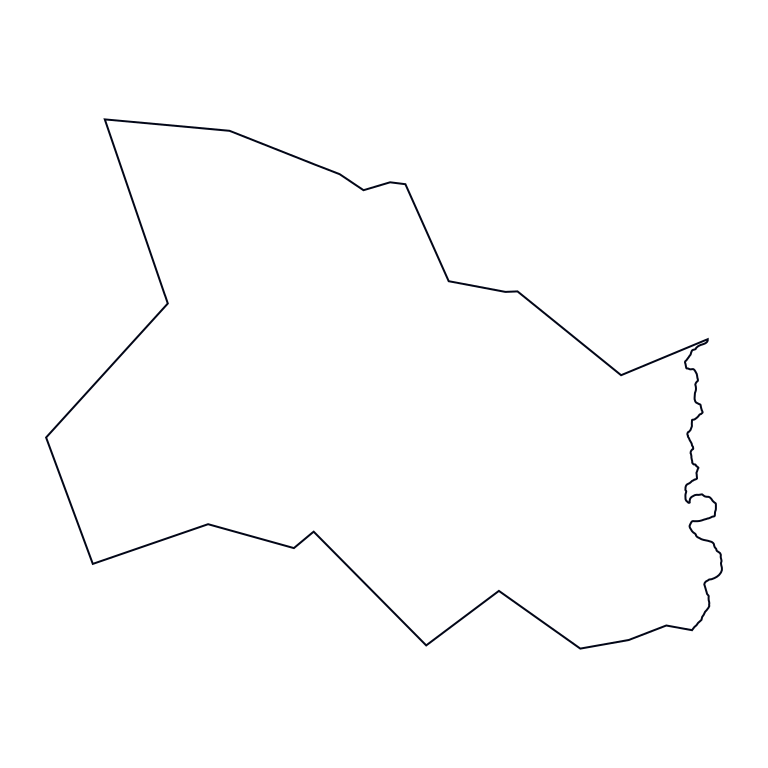 the district of Divisaderos, Sonora, Mexico
{"feature_id": "50627088B51411213680248", "entity_name": "Divisaderos", "entity_type": "district", "adm_level": 2, "iso_a3": "MEX", "parent_name": "Mexico", "parent_adm1": "Sonora", "projection": "albers", "projection_center": [-109.248, 29.625], "detail": "fine", "context": "isolated", "style": "outline", "palette": "ink", "viewbox_px": 768, "rotation_deg": 0, "n_neighbors": 0, "source": "geoboundaries", "source_scale": "gbopen_adm2", "svg_char_len": 5969}
<svg xmlns="http://www.w3.org/2000/svg" viewBox="0 0 768 768"><path d="M167.8,303.5L46.1,437.5L92.8,563.9L208.1,524.2L293.9,548.1L311.9,533.1L313.7,531.7L426.2,645.4L498.9,590.9L580.3,648.6L628.7,640.0L666.3,625.5L691.6,630.1L692.0,630.2L694.4,627.0L696.5,625.2L698.1,622.9L699.7,621.5L700.7,620.6L701.5,619.8L701.7,618.9L702.2,616.9L703.7,614.8L705.1,611.8L706.6,610.2L708.5,607.7L709.2,606.2L709.3,606.0L709.1,605.0L709.3,603.1L709.1,601.7L708.7,600.2L708.6,598.7L708.6,597.5L708.7,596.5L708.5,595.6L707.7,594.7L707.0,593.8L706.6,592.1L706.0,590.2L705.6,588.7L704.8,586.0L704.3,584.5L704.4,584.0L704.8,582.8L705.9,581.5L708.1,580.3L709.0,579.6L709.3,579.5L710.2,579.4L711.6,579.2L714.4,578.1L716.8,576.8L717.8,576.0L718.7,575.3L719.3,574.7L719.6,574.3L720.3,573.4L720.8,572.7L721.1,572.2L721.5,571.1L721.8,570.4L721.9,569.7L721.9,568.1L721.8,567.3L721.2,565.0L721.0,563.3L721.0,563.0L721.1,562.7L721.5,561.3L721.5,561.1L721.5,560.6L721.3,559.6L720.8,557.7L720.8,557.3L720.7,556.9L720.8,555.4L720.8,554.8L720.7,554.5L720.4,553.8L720.3,553.6L720.1,553.2L719.6,552.8L719.4,552.6L717.0,551.0L716.7,550.6L716.5,550.2L716.4,549.8L716.3,549.2L716.2,549.0L716.1,548.8L714.8,547.3L714.7,547.1L714.1,545.4L713.9,544.2L713.7,543.8L713.3,543.2L713.1,543.0L711.8,542.0L711.3,541.8L709.6,541.3L708.0,540.8L703.6,539.9L701.7,539.3L700.8,538.9L700.0,538.4L697.4,537.1L696.5,536.2L696.2,535.8L696.0,535.5L695.9,534.8L695.6,534.3L695.3,533.9L694.8,533.5L693.2,532.4L691.9,531.0L691.1,529.6L690.1,528.0L689.9,527.6L689.6,526.5L689.6,525.9L689.9,525.1L690.2,524.4L690.5,523.8L690.8,523.2L691.4,522.1L692.0,521.5L692.2,521.3L692.5,521.2L693.1,521.1L694.3,521.2L694.9,521.2L697.3,521.2L699.4,521.0L701.8,520.4L704.0,519.6L706.3,519.0L707.3,518.6L707.6,518.5L708.4,518.4L708.8,518.3L710.7,517.5L712.2,516.7L713.4,516.5L713.9,516.4L714.2,516.3L714.5,516.0L714.8,515.7L714.8,515.3L714.9,514.3L715.0,512.7L715.0,512.4L715.2,511.5L715.8,509.8L715.8,509.4L715.9,508.4L715.9,506.8L715.9,505.9L715.9,504.9L715.8,503.7L715.7,503.5L715.5,503.2L714.3,502.4L713.3,501.5L712.6,500.8L711.8,499.6L711.5,499.1L711.2,498.7L710.8,498.4L710.4,497.9L709.8,497.4L709.0,497.0L708.3,496.8L708.0,496.8L706.9,496.8L705.2,496.5L704.9,496.4L704.2,496.0L703.5,495.5L702.9,495.0L702.4,494.6L702.1,494.4L701.9,494.4L701.6,494.4L699.3,494.8L698.5,494.9L696.9,494.8L696.1,494.9L695.1,495.1L694.7,495.2L691.8,496.8L691.3,497.2L691.1,497.4L690.4,498.3L690.0,499.1L689.6,501.1L689.7,502.0L689.7,502.4L689.7,502.5L689.2,502.8L688.7,502.8L688.3,502.6L688.1,502.5L687.0,501.4L686.7,501.1L686.3,500.8L686.1,500.5L686.0,500.2L685.8,499.9L685.6,499.4L685.5,498.7L685.5,498.2L685.4,495.7L685.5,494.3L686.1,492.2L686.2,491.6L686.2,491.4L686.2,491.2L686.0,490.8L685.6,490.4L685.5,490.2L685.4,489.8L685.5,488.4L685.5,487.5L685.6,487.1L685.8,486.3L686.2,485.4L686.7,484.8L686.8,484.6L687.0,484.5L688.2,483.8L689.5,483.2L689.9,482.9L691.1,481.9L692.0,481.0L692.2,480.9L692.5,480.7L693.0,480.6L693.4,480.3L694.0,480.0L694.4,479.6L694.6,479.6L694.8,479.5L695.2,479.5L695.4,479.4L695.5,479.4L696.0,479.2L696.7,478.8L696.8,478.7L697.0,478.4L697.0,478.1L696.8,476.2L696.7,474.5L696.6,473.9L696.5,473.5L696.5,473.2L696.5,472.9L696.5,472.6L696.7,472.2L697.0,471.5L697.3,470.6L697.7,469.3L697.9,468.8L698.2,468.4L698.3,468.2L698.4,467.8L698.3,467.7L698.1,467.4L697.7,467.0L696.9,466.5L696.7,466.3L696.5,466.0L696.1,465.8L696.0,465.6L695.9,465.5L695.9,465.3L695.8,465.1L695.5,464.7L694.9,464.4L694.1,464.5L694.0,464.4L693.9,464.4L693.4,464.1L693.2,464.0L692.3,462.9L692.2,462.6L692.3,462.3L692.2,461.7L692.2,461.1L692.1,460.8L691.8,459.6L691.4,457.6L691.4,456.1L691.2,455.1L691.0,454.0L690.6,453.2L690.7,452.1L690.9,451.3L691.4,450.5L691.9,449.9L692.1,449.6L692.5,449.3L692.9,449.2L693.1,449.0L693.2,448.6L693.2,448.2L693.1,447.7L693.0,447.1L692.9,446.7L692.3,445.9L692.0,445.3L691.7,443.7L691.4,443.1L691.1,442.5L690.4,441.3L690.1,440.8L689.7,440.1L689.4,439.4L689.1,438.5L689.0,438.3L688.2,437.1L688.1,436.8L688.0,436.7L687.9,436.3L688.0,435.7L687.9,435.5L687.7,435.3L687.6,435.0L687.4,434.5L687.4,434.1L687.4,433.8L687.5,433.3L687.8,432.6L687.9,432.4L688.3,432.0L688.9,431.8L689.0,431.7L689.9,430.7L690.3,430.2L690.5,430.0L691.5,427.3L691.8,426.6L691.9,425.8L691.9,425.5L691.8,423.9L691.9,421.9L692.0,420.3L692.0,420.2L692.2,419.9L692.4,419.8L693.9,419.6L694.7,419.3L695.7,418.6L697.1,417.5L698.3,416.3L699.0,415.3L699.7,414.5L699.9,414.4L701.0,414.0L701.2,413.9L701.5,413.6L701.8,413.3L702.3,412.9L702.5,412.6L702.6,412.2L702.5,411.8L702.1,410.8L701.9,410.4L701.7,410.1L701.6,409.4L701.3,408.6L700.8,406.4L700.7,405.8L700.6,405.1L700.3,404.6L699.8,404.3L699.5,404.2L698.9,404.0L697.8,403.4L697.2,403.1L696.6,402.8L696.2,402.6L695.7,402.0L695.3,401.5L694.9,400.1L694.7,399.6L694.6,399.1L694.6,398.3L694.6,397.7L694.9,393.6L695.0,392.8L695.3,392.1L695.8,390.5L696.0,388.9L695.9,387.7L695.9,387.1L695.6,385.7L695.4,385.0L695.3,384.7L695.4,384.3L695.7,383.4L696.2,382.5L696.6,382.0L697.3,381.3L697.7,381.0L697.8,380.8L697.9,380.5L697.9,380.1L697.8,379.1L697.5,378.3L697.2,376.5L697.1,375.7L696.9,374.8L696.7,373.9L696.4,373.3L695.9,372.5L695.5,371.6L694.5,370.1L694.0,369.6L693.7,369.4L693.4,369.2L693.0,369.1L692.6,369.1L692.4,369.1L692.0,369.2L690.8,369.3L690.0,369.3L689.2,369.0L688.5,368.7L688.0,368.5L687.5,368.4L687.1,368.5L686.7,368.4L686.4,368.1L686.2,367.8L686.1,367.3L685.5,364.0L685.2,363.1L685.0,362.3L685.0,362.1L685.1,361.8L685.2,361.6L685.3,361.3L685.5,361.1L686.4,360.3L687.2,359.2L688.0,358.1L688.7,357.2L689.4,356.1L690.2,355.1L690.4,354.9L690.6,354.6L691.2,352.4L691.6,351.5L691.8,350.9L692.1,350.5L692.5,350.1L692.9,350.0L693.2,349.8L693.8,349.7L695.1,349.3L695.4,349.2L695.7,348.9L696.2,347.9L698.0,346.3L699.3,345.6L700.6,345.0L703.4,344.1L705.1,343.4L706.2,342.7L707.1,341.8L707.7,340.6L707.7,339.2L621.1,375.2L517.5,291.4L505.4,291.9L448.7,281.2L405.4,184.2L390.1,182.3L363.5,190.2L339.7,174.2L314.9,164.6L229.5,130.8L104.8,119.4L164.6,294.3L165.3,296.1L167.8,303.5Z" fill="none" stroke="#020617" stroke-width="2"/></svg>